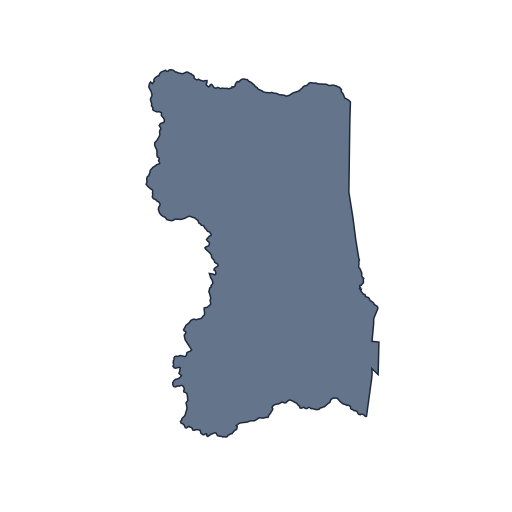 Tongaren, Western, Kenya (Albers equal-area conic projection), rotated 108°
{"feature_id": "3690345B81576383525982", "entity_name": "Tongaren", "entity_type": "district", "adm_level": 2, "iso_a3": "KEN", "parent_name": "Kenya", "parent_adm1": "Western", "projection": "albers", "projection_center": [34.939, 0.777], "detail": "fine", "context": "isolated", "style": "filled", "palette": "slate", "viewbox_px": 512, "rotation_deg": 108, "n_neighbors": 0, "source": "geoboundaries", "source_scale": "gbopen_adm2", "svg_char_len": 6111}
<svg xmlns="http://www.w3.org/2000/svg" viewBox="0 0 512 512"><g transform="rotate(108 256 256)"><path d="M94.6,276.4L94.4,279.1L94.7,280.7L95.4,283.6L95.0,287.0L95.5,288.4L95.6,291.8L96.7,293.3L96.9,295.2L97.4,296.5L97.7,300.0L97.0,301.3L96.8,304.7L96.3,306.1L95.3,307.4L95.1,309.0L94.0,310.4L92.4,314.1L92.0,317.0L90.9,318.8L91.3,319.9L91.2,321.1L91.5,322.5L92.2,323.9L93.4,325.0L95.8,326.2L95.6,327.2L96.6,328.2L99.3,328.8L101.1,328.5L102.2,329.6L102.3,331.1L103.8,331.0L104.3,332.3L105.5,333.4L105.4,335.1L106.4,337.8L106.8,340.2L107.6,341.1L107.8,342.2L107.4,343.5L107.6,344.7L108.6,345.7L109.0,347.3L108.4,348.6L106.8,350.5L106.5,351.6L107.6,352.5L109.0,352.6L109.8,353.4L108.8,355.8L107.9,356.6L106.2,356.2L104.3,356.8L105.0,358.8L106.0,360.0L106.0,363.6L105.6,365.4L106.6,366.2L106.7,367.6L106.4,368.7L105.8,369.8L104.2,370.5L103.5,371.5L103.5,372.7L102.8,373.7L102.8,375.0L102.2,378.1L103.0,379.6L104.5,381.0L105.4,382.5L105.6,383.6L105.9,387.2L105.6,388.3L105.9,389.5L104.9,392.1L105.1,394.5L105.9,396.0L107.2,396.6L108.0,397.8L107.3,399.5L110.5,403.1L112.2,403.9L114.9,404.2L115.3,405.3L117.6,406.9L119.0,407.5L120.4,407.5L121.4,406.7L122.5,407.4L124.1,407.7L123.7,409.0L123.0,410.0L124.5,410.6L128.1,410.3L129.0,409.7L131.9,406.6L134.7,404.8L136.2,404.5L138.6,404.9L140.0,404.7L143.5,402.2L145.6,401.8L146.7,399.9L148.8,399.4L149.3,397.8L149.6,394.7L148.8,393.2L148.8,390.3L151.7,389.4L153.7,386.1L155.3,385.1L157.1,384.7L159.6,387.8L161.9,388.4L163.6,386.3L164.7,385.8L166.3,386.3L167.6,386.1L170.3,384.9L172.3,385.0L177.2,386.1L179.3,387.3L181.7,386.7L182.6,386.2L185.9,383.0L191.3,381.1L192.4,380.2L192.5,378.7L193.7,378.0L195.5,378.2L196.4,377.0L197.6,376.2L198.6,376.9L199.8,378.7L202.2,380.2L203.4,381.4L207.4,383.1L209.2,382.7L212.9,382.9L214.3,383.9L216.2,383.8L217.8,383.3L218.8,382.6L221.8,382.6L223.5,379.8L224.7,377.0L224.9,375.6L225.5,374.7L226.6,374.1L228.0,374.0L228.9,373.3L231.9,372.9L233.2,371.3L233.3,368.9L234.2,367.7L234.8,364.9L235.9,363.6L237.1,363.0L240.0,363.6L242.2,363.1L244.8,361.1L246.3,359.0L247.0,356.9L247.3,354.3L249.0,351.9L248.6,347.2L247.6,345.7L245.9,344.3L245.3,341.9L244.6,340.3L244.7,339.2L242.3,335.5L239.2,332.5L238.6,330.9L238.9,328.1L238.6,326.7L240.1,322.4L242.5,320.3L242.6,318.8L243.6,317.7L243.4,315.2L245.5,312.9L246.1,311.5L247.5,309.7L247.5,307.7L249.4,305.1L250.6,305.3L251.4,306.4L255.5,308.2L256.5,307.1L257.6,304.6L259.1,304.0L260.6,304.0L261.6,304.8L262.5,306.2L264.0,307.1L265.0,306.0L267.6,300.4L268.8,298.8L270.6,298.0L271.6,297.0L273.0,294.5L274.8,293.3L275.3,291.6L275.4,290.1L276.3,289.3L277.5,289.3L279.5,291.0L281.0,291.8L282.4,291.6L282.6,290.3L283.4,289.6L284.5,288.9L285.8,288.7L286.7,289.4L286.4,290.9L287.0,295.0L290.6,292.4L292.9,289.9L295.4,288.5L298.1,289.6L299.4,289.1L300.6,290.1L304.6,289.8L305.7,288.8L309.9,286.1L312.7,285.9L314.3,284.8L316.0,284.2L319.8,286.5L321.3,289.2L322.4,289.0L326.8,287.0L328.1,286.9L329.6,287.8L331.1,288.2L332.1,288.7L334.7,292.6L335.2,293.8L335.1,295.1L335.6,296.2L337.4,298.1L339.8,298.8L343.4,301.1L348.6,302.1L349.4,301.2L349.6,299.9L350.3,299.0L351.9,299.2L353.1,299.8L354.2,299.5L357.6,297.5L365.2,288.2L366.8,289.2L369.1,291.8L372.5,291.6L373.6,292.3L374.0,297.1L375.8,299.6L375.9,300.9L376.7,302.1L378.3,302.5L379.9,301.8L381.2,302.2L382.8,301.9L384.1,301.0L385.2,300.7L386.4,301.0L387.7,299.2L387.5,297.7L385.6,294.7L385.8,293.3L387.4,293.4L388.6,293.0L391.5,293.0L392.7,290.0L394.3,290.4L395.9,291.4L396.8,292.1L398.3,294.6L400.0,295.5L402.0,296.0L404.0,295.4L405.5,294.1L405.4,292.1L403.9,290.4L403.5,288.9L401.9,286.6L402.3,285.2L403.5,283.8L405.0,283.0L406.6,283.2L407.7,282.4L407.6,281.1L408.0,279.6L409.3,278.5L414.5,276.2L417.3,277.2L420.8,275.1L422.5,274.5L429.1,274.3L430.2,274.5L433.2,276.1L435.6,276.2L436.8,276.7L438.1,275.6L438.3,273.6L439.2,271.8L440.5,270.9L441.1,270.0L441.0,268.9L438.7,267.3L439.2,265.8L439.1,264.3L439.8,263.3L441.0,262.5L440.9,261.0L439.6,259.3L439.1,257.2L439.1,255.2L441.4,253.8L442.4,251.4L442.1,250.3L440.9,249.2L440.4,248.0L442.1,247.5L442.6,246.1L439.7,243.9L436.8,240.6L436.9,239.2L438.8,237.1L438.6,234.4L438.1,232.9L438.4,231.6L437.7,230.3L437.5,228.6L436.4,227.4L435.1,227.2L434.2,226.1L433.0,225.3L432.5,224.0L428.6,222.5L427.6,221.4L426.4,220.8L423.9,221.2L423.4,222.4L420.8,220.6L419.7,219.5L416.6,212.9L414.6,210.6L413.1,206.4L409.3,203.3L408.6,202.5L408.3,200.1L407.8,198.8L406.3,196.4L405.8,194.7L402.7,194.4L401.2,193.6L399.4,193.4L397.9,192.8L396.3,192.8L395.0,193.9L393.7,193.7L392.2,192.8L391.1,191.6L389.6,188.7L386.8,186.0L386.9,183.3L386.3,182.2L383.5,180.7L382.8,180.0L382.4,178.7L382.6,176.2L383.0,175.1L383.5,171.7L384.7,170.0L385.5,168.1L386.9,167.2L386.7,165.7L385.0,163.8L385.6,162.5L385.7,161.1L385.1,160.2L383.9,159.4L383.5,158.0L384.2,156.3L383.6,154.9L383.6,151.6L382.5,148.8L380.5,147.8L379.8,146.3L378.8,145.5L378.2,144.3L373.7,141.7L372.7,140.7L371.4,140.4L370.1,140.6L368.0,139.4L367.3,138.6L366.2,135.5L366.4,134.3L368.6,130.7L369.8,127.4L369.6,126.0L370.0,123.4L369.3,122.3L369.6,120.8L370.2,119.5L371.6,119.0L372.2,117.9L372.2,116.5L372.8,115.0L372.4,113.2L372.6,112.0L374.7,109.7L374.8,107.8L373.9,107.1L373.5,105.6L374.0,103.8L374.8,102.4L374.3,101.4L336.9,108.1L332.0,109.2L327.3,111.0L331.0,103.2L299.9,112.5L301.3,119.3L284.5,123.1L279.0,124.7L268.5,123.9L267.2,124.3L266.4,125.2L265.5,128.8L264.5,129.4L263.6,131.5L263.1,133.7L261.3,135.3L260.8,136.4L260.8,139.3L259.8,139.8L258.9,140.6L259.0,142.4L256.7,145.6L255.1,145.6L255.6,146.6L254.8,147.6L253.9,146.8L253.2,147.8L252.1,148.2L251.2,146.7L249.5,146.4L248.3,145.5L245.2,146.7L243.9,146.6L243.6,147.9L242.3,149.2L239.1,150.4L235.8,153.3L235.1,154.7L233.9,155.3L232.5,155.4L229.3,156.5L227.8,156.4L226.7,157.4L209.6,166.2L189.9,175.5L166.6,187.4L98.5,208.5L80.3,213.8L79.0,216.6L78.4,220.4L75.1,223.0L73.3,225.6L72.3,226.0L71.1,226.2L70.7,227.4L69.7,228.6L69.8,230.6L69.4,232.0L69.6,235.4L71.4,239.2L70.9,242.0L73.1,250.2L73.0,252.7L73.7,254.2L74.3,257.9L75.3,259.0L77.6,260.0L78.7,261.3L79.3,262.5L80.4,263.4L81.7,263.8L85.1,265.8L86.3,266.8L89.0,270.6L90.0,271.7L92.3,273.4L94.6,276.4Z" fill="#64748b" stroke="#1e293b" stroke-width="1.5"/></g></svg>